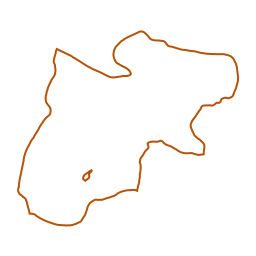 outline of Damt, Al Dali', Yemen, rotated 179°
{"feature_id": "15242507B35659616326925", "entity_name": "Damt", "entity_type": "district", "adm_level": 2, "iso_a3": "YEM", "parent_name": "Yemen", "parent_adm1": "Al Dali'", "projection": "orthographic", "projection_center": [44.686, 14.105], "detail": "fine", "context": "isolated", "style": "outline", "palette": "amber", "viewbox_px": 256, "rotation_deg": 179, "n_neighbors": 0, "source": "geoboundaries", "source_scale": "gbopen_adm2", "svg_char_len": 5835}
<svg xmlns="http://www.w3.org/2000/svg" viewBox="0 0 256 256"><g transform="rotate(179 128 128)"><path d="M52.8,100.3L52.4,105.3L52.0,107.3L51.9,108.2L52.0,109.1L52.1,110.1L52.5,110.9L53.2,111.8L53.8,112.4L55.3,113.9L55.9,114.6L57.7,115.9L59.2,117.2L60.0,117.8L60.8,118.5L61.4,119.2L61.9,120.0L64.1,124.8L64.5,125.8L64.7,126.7L65.1,127.6L65.3,128.6L65.3,129.6L65.2,130.6L64.8,131.5L64.5,132.4L64.1,133.3L63.1,134.9L59.9,138.9L58.2,141.6L57.1,143.0L56.6,143.9L55.9,144.6L54.8,146.2L54.5,147.2L54.0,148.0L53.4,148.6L52.5,149.0L51.5,149.2L48.5,149.2L47.5,149.2L45.5,149.3L44.6,149.0L43.7,148.9L42.8,149.1L41.9,149.5L40.8,150.1L39.5,151.4L38.6,151.7L37.7,151.7L36.8,151.5L35.9,151.9L35.1,152.5L34.8,153.3L34.6,154.2L34.0,155.2L33.2,155.7L30.6,156.6L29.7,156.6L28.7,156.2L27.7,156.0L26.8,156.1L25.9,156.3L24.2,157.1L23.4,157.5L22.6,158.4L22.2,159.2L21.0,162.2L20.7,163.1L19.4,165.6L19.1,166.5L18.7,168.4L18.1,170.3L17.5,172.2L17.3,173.1L17.2,174.1L17.1,175.0L17.0,176.9L17.1,178.1L17.5,181.0L17.7,183.0L17.8,183.9L18.0,185.7L18.1,186.8L18.8,189.8L19.1,190.7L20.0,192.4L20.4,193.4L20.7,194.2L21.2,195.0L21.7,195.7L22.3,196.5L23.7,197.7L24.5,198.2L26.4,198.9L27.3,199.3L28.2,199.5L29.2,199.7L31.0,200.1L34.7,200.2L36.5,200.2L43.1,200.5L44.0,200.6L45.1,200.7L46.0,200.7L47.9,200.9L50.0,201.2L51.0,201.5L52.0,201.5L54.9,202.1L56.9,202.6L58.0,203.0L60.1,203.5L61.0,203.7L62.0,203.7L62.9,203.9L64.0,204.0L66.0,204.3L67.6,204.7L69.4,205.0L69.9,205.1L70.8,205.1L73.0,205.5L74.1,205.7L75.0,206.1L78.4,207.1L80.4,207.8L83.1,208.6L85.0,208.9L85.9,209.2L86.7,209.6L88.7,212.3L89.2,213.0L90.0,213.7L90.8,214.2L91.7,214.4L93.9,214.7L96.0,215.0L96.9,215.0L97.9,215.0L98.8,215.1L99.7,215.2L100.7,215.3L101.7,215.6L102.6,215.9L103.6,216.4L104.4,217.0L105.0,217.7L106.1,219.3L106.9,220.3L107.7,221.1L110.2,223.4L111.0,223.8L112.0,224.2L114.1,224.3L115.0,224.0L117.9,222.6L119.1,222.1L125.0,219.5L126.0,219.1L127.8,218.2L130.0,217.0L131.0,216.2L132.9,215.1L133.7,214.5L135.9,212.2L137.7,210.5L139.1,208.9L140.0,207.0L140.4,206.1L140.7,205.2L141.0,204.3L141.0,203.3L141.2,202.4L141.3,201.3L141.0,199.3L140.7,198.2L140.4,197.3L139.7,195.5L139.1,194.6L138.6,193.7L137.9,193.1L136.1,192.1L134.4,191.0L133.3,190.4L130.9,189.1L130.0,188.7L128.3,187.6L126.5,186.2L125.9,185.6L125.3,184.8L124.3,182.8L124.3,181.9L124.8,181.1L125.6,180.7L127.5,180.1L128.3,180.0L129.3,180.0L130.6,180.1L131.6,180.1L132.5,180.0L134.4,179.6L137.3,179.3L139.1,179.0L141.4,178.8L142.3,178.8L143.5,179.0L144.5,179.1L145.5,179.5L146.4,179.8L149.3,181.2L150.4,181.9L154.2,183.9L156.9,185.2L158.0,185.6L158.9,186.0L162.6,187.8L167.5,190.5L172.2,193.5L175.6,195.9L178.4,197.6L180.3,199.0L181.2,199.3L182.0,199.8L182.9,200.7L197.8,208.2L198.7,206.1L198.9,205.2L199.2,203.2L199.5,202.3L199.9,201.3L200.2,200.4L200.4,199.5L200.9,197.6L201.1,196.6L201.1,195.7L201.0,194.8L200.5,193.8L200.2,192.9L199.9,191.7L199.8,189.8L199.6,188.9L199.5,186.6L199.7,185.4L200.0,183.3L200.8,181.5L202.3,179.3L203.2,178.1L203.8,177.1L204.6,175.3L205.1,174.4L205.7,173.3L207.3,169.7L208.1,166.9L208.8,165.0L208.9,163.9L209.7,161.2L209.8,160.3L209.8,159.2L209.8,157.3L209.3,155.3L208.9,154.5L208.4,153.7L207.3,152.1L206.7,151.3L206.0,150.5L205.5,149.5L205.3,148.7L205.1,147.7L205.0,146.8L205.1,145.8L205.5,144.0L205.8,143.1L206.4,142.4L207.2,141.7L208.1,141.0L209.5,139.8L210.4,138.9L211.2,137.9L211.9,137.1L212.4,136.3L213.1,135.5L213.6,134.5L214.7,133.1L215.1,132.3L216.0,131.1L216.5,130.2L218.0,127.5L219.2,125.8L220.8,123.1L221.4,122.3L222.4,120.3L223.0,119.6L224.1,118.2L224.7,117.4L225.3,116.4L226.4,114.3L227.3,112.5L228.6,110.5L228.9,109.7L229.9,107.8L230.7,106.0L231.0,105.1L231.4,104.0L232.3,101.0L232.5,100.1L232.9,98.1L232.9,97.3L237.5,77.1L238.2,72.0L238.1,71.0L238.4,70.4L238.7,69.6L238.9,68.7L239.0,67.7L238.9,66.8L238.6,65.9L237.7,64.1L237.0,63.5L235.4,62.3L234.7,61.7L234.2,61.0L233.4,60.5L232.6,59.9L231.8,59.1L231.4,58.3L230.4,55.4L230.3,54.5L230.0,53.5L229.6,51.7L228.6,47.9L228.4,47.0L228.2,46.0L228.0,45.1L227.9,44.1L226.4,44.0L224.6,43.8L223.4,43.5L222.1,42.7L220.9,41.6L217.4,39.3L216.0,38.5L214.1,37.6L213.7,37.3L213.3,37.2L211.9,36.5L210.6,36.0L208.5,35.1L206.6,34.5L205.2,34.0L204.5,33.7L202.6,33.1L200.5,32.5L198.8,32.3L196.7,32.1L195.8,32.0L193.6,31.8L191.5,31.7L187.1,31.7L185.9,31.9L183.9,32.4L183.1,32.7L182.1,33.0L181.2,33.3L180.4,33.7L179.6,34.1L177.9,34.7L177.0,35.3L176.3,36.0L174.9,38.3L174.4,39.1L173.8,39.8L173.2,40.7L172.7,41.4L171.5,44.2L170.2,48.1L169.9,49.3L169.5,50.3L168.8,51.5L167.8,53.1L167.2,53.8L166.4,54.4L165.4,55.1L162.7,56.6L161.6,56.9L159.7,56.7L158.6,56.6L157.7,56.7L154.8,56.7L152.1,57.7L150.4,58.2L149.5,58.5L148.4,58.7L147.5,58.9L146.6,59.3L145.6,59.6L144.5,60.0L143.6,60.2L141.4,61.2L140.6,61.9L139.0,63.0L137.0,64.0L135.3,64.6L131.4,65.5L129.4,65.8L126.5,65.8L124.7,66.0L123.7,66.0L122.8,65.9L121.8,65.8L120.9,65.4L120.0,65.0L119.2,68.4L119.1,69.4L118.6,70.7L117.8,73.7L117.8,74.7L117.0,78.7L117.0,82.0L116.6,82.7L116.1,86.4L116.1,87.6L116.0,88.5L116.1,91.4L116.5,92.3L116.8,93.1L116.8,94.0L116.5,94.9L116.4,95.9L116.1,96.9L115.8,97.7L114.2,99.7L113.5,100.7L112.5,102.4L111.5,104.0L110.3,105.4L108.9,106.7L108.2,107.4L107.9,108.2L107.9,109.2L108.7,111.8L108.3,112.6L107.5,113.1L106.6,113.4L104.8,113.9L103.9,114.0L102.9,114.0L102.0,113.8L100.0,113.8L99.1,113.8L98.1,113.9L97.3,114.2L96.4,114.5L95.4,114.7L94.5,114.5L93.8,114.0L92.5,112.5L91.1,111.3L90.3,110.8L89.5,110.4L85.6,108.9L83.9,108.0L83.1,107.4L79.7,105.4L78.0,104.2L76.3,103.2L75.4,102.8L73.5,102.2L72.3,101.9L71.2,101.8L70.3,101.7L68.5,101.7L65.8,101.8L64.7,101.8L63.8,101.6L62.9,101.2L61.1,100.6L60.2,100.4L58.2,99.9L57.2,99.8L56.3,100.0L56.1,100.1L52.8,100.3ZM165.5,86.2L165.2,86.3L165.0,85.9L166.0,84.5L167.1,83.7L167.9,82.5L167.4,80.5L168.1,78.6L171.7,76.0L173.7,77.7L173.7,79.4L172.4,81.7L170.3,83.3L168.6,84.3L166.6,85.8L165.5,86.2Z" fill="none" stroke="#b45309" stroke-width="2"/></g></svg>